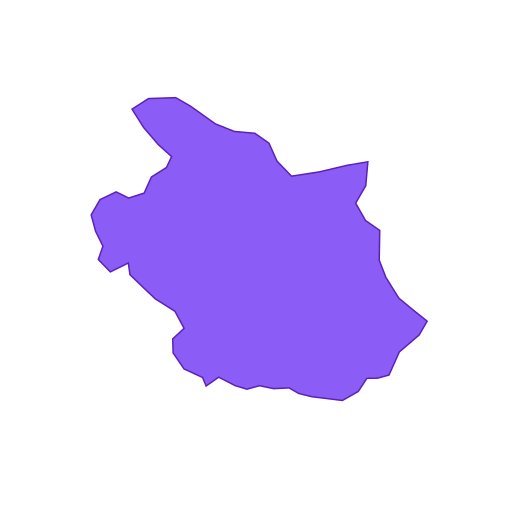 Kalo Chorio Kapouti, Cyprus, rotated 30°
{"feature_id": "46923920B84708400671300", "entity_name": "Kalo Chorio Kapouti", "entity_type": "district", "adm_level": 2, "iso_a3": "CYP", "parent_name": "Cyprus", "parent_adm1": "", "projection": "orthographic", "projection_center": [33.028, 35.241], "detail": "fine", "context": "isolated", "style": "filled", "palette": "violet", "viewbox_px": 512, "rotation_deg": 30, "n_neighbors": 0, "source": "geoboundaries", "source_scale": "gbopen_adm2", "svg_char_len": 945}
<svg xmlns="http://www.w3.org/2000/svg" viewBox="0 0 512 512"><g transform="rotate(30 256 256)"><path d="M277.8,393.5L284.3,379.6L302.7,378.7L314.7,375.9L323.9,366.6L337.7,362.0L350.6,353.7L361.7,353.7L374.6,350.0L385.6,345.3L403.1,337.9L412.3,322.2L413.2,306.5L422.5,300.9L430.7,292.6L428.1,267.4L436.8,242.8L436.8,226.9L418.0,224.0L400.8,221.1L379.2,209.6L364.8,198.0L350.4,172.0L333.1,170.5L315.9,160.4L315.9,140.2L312.1,132.1L305.8,118.5L290.0,131.5L268.4,151.8L246.8,169.1L226.7,163.3L210.8,151.8L193.6,150.3L174.9,159.0L154.7,161.9L124.5,159.0L107.3,159.0L84.2,173.4L75.2,190.8L94.6,201.0L115.8,208.4L133.2,212.1L134.2,224.1L125.9,239.9L127.7,257.4L116.7,269.5L102.8,270.4L92.7,285.2L92.7,302.8L104.7,314.8L118.5,324.0L121.2,337.9L137.8,342.6L148.9,325.9L156.2,335.2L174.7,339.8L190.3,343.5L213.4,344.4L229.9,354.6L225.3,369.4L232.7,381.4L250.2,389.8L270.5,387.9L277.8,393.5Z" fill="#8b5cf6" stroke="#5b21b6" stroke-width="1.5"/></g></svg>